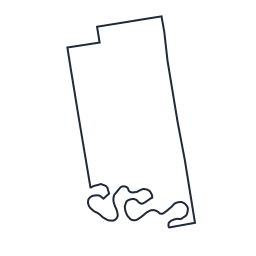 outline of Lee, Arkansas, United States of America, rotated 80°
{"feature_id": "52423323B51053676953804", "entity_name": "Lee", "entity_type": "district", "adm_level": 2, "iso_a3": "USA", "parent_name": "United States of America", "parent_adm1": "Arkansas", "projection": "mercator", "projection_center": [-90.542, 34.77], "detail": "fine", "context": "isolated", "style": "outline", "palette": "slate", "viewbox_px": 256, "rotation_deg": 80, "n_neighbors": 0, "source": "geoboundaries", "source_scale": "gbopen_adm2", "svg_char_len": 1915}
<svg xmlns="http://www.w3.org/2000/svg" viewBox="0 0 256 256"><g transform="rotate(80 128 128)"><path d="M233.1,104.7L233.0,78.5L169.0,77.6L147.0,77.9L130.5,78.1L68.5,77.4L39.8,75.6L23.9,75.6L23.6,92.1L22.9,140.9L38.9,141.1L38.7,152.2L38.2,173.7L59.9,174.1L108.2,174.7L180.0,175.3L180.1,174.8L180.1,174.5L179.5,173.2L179.1,171.5L178.8,166.5L178.5,165.3L178.5,164.4L180.5,161.0L181.4,159.7L183.1,158.7L189.3,158.0L193.3,164.4L190.1,167.2L189.3,168.6L188.9,170.3L188.6,173.5L188.9,175.5L189.6,177.1L190.9,178.9L192.1,179.7L194.0,180.3L195.5,180.4L197.9,180.0L200.1,179.1L202.8,177.0L204.4,175.5L206.3,172.8L208.9,170.3L211.4,168.5L214.4,165.0L215.6,163.2L216.5,159.6L216.6,158.3L216.3,157.0L215.3,155.3L214.0,154.1L212.8,153.4L211.3,153.2L209.2,153.2L206.3,153.5L202.3,154.5L198.6,155.0L196.4,154.9L193.5,154.2L191.3,153.0L185.4,146.0L184.9,145.1L184.7,144.6L184.6,143.6L184.9,141.4L185.5,140.3L186.0,139.5L187.1,138.7L188.2,138.4L189.2,138.3L190.1,138.0L190.9,137.4L191.4,136.8L192.0,135.6L192.4,134.3L192.4,130.0L191.3,126.7L190.8,124.5L190.7,123.6L190.9,122.6L191.9,120.1L193.1,118.4L194.2,117.4L195.8,116.7L198.3,116.0L200.8,116.2L201.4,118.2L204.2,124.2L204.8,126.2L205.0,127.5L204.9,128.0L203.6,129.9L200.3,132.2L199.1,134.1L198.7,135.9L198.7,137.7L198.9,139.5L199.7,141.6L200.8,142.8L204.8,144.8L208.7,145.0L211.4,144.6L214.4,143.8L218.0,141.6L218.9,140.6L219.7,139.0L220.0,137.3L220.1,136.1L219.5,134.1L217.7,130.1L214.2,123.9L213.3,121.0L213.0,119.4L213.2,117.5L213.7,116.0L214.2,115.0L215.8,113.0L217.7,111.6L218.4,109.4L218.3,108.3L216.2,104.0L213.0,98.6L210.7,95.6L210.2,94.3L209.8,91.3L210.0,89.2L210.1,88.4L211.4,86.2L212.6,85.0L215.5,83.3L217.4,83.0L219.2,83.3L222.0,84.4L223.1,85.0L224.0,85.7L224.5,86.4L226.4,90.6L226.8,92.1L226.7,92.9L226.0,95.2L225.9,96.6L226.2,98.8L226.8,101.6L228.3,104.1L228.8,104.5L231.1,105.1L232.3,105.1L233.1,104.7Z" fill="none" stroke="#1e293b" stroke-width="2"/></g></svg>